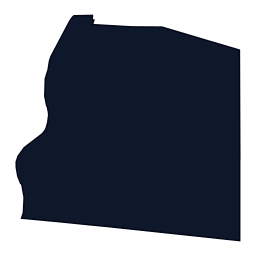 outline of Ohio, West Virginia, United States of America
{"feature_id": "52423323B20153460814432", "entity_name": "Ohio", "entity_type": "district", "adm_level": 2, "iso_a3": "USA", "parent_name": "United States of America", "parent_adm1": "West Virginia", "projection": "orthographic", "projection_center": [-80.674, 40.101], "detail": "fine", "context": "isolated", "style": "filled", "palette": "ink", "viewbox_px": 256, "rotation_deg": 0, "n_neighbors": 0, "source": "geoboundaries", "source_scale": "gbopen_adm2", "svg_char_len": 640}
<svg xmlns="http://www.w3.org/2000/svg" viewBox="0 0 256 256"><path d="M239.7,240.6L239.7,160.1L239.8,158.6L239.7,135.0L239.4,50.1L204.6,39.8L161.9,27.1L131.7,26.9L92.1,24.6L92.7,23.9L93.9,20.1L92.2,19.7L92.4,15.4L74.0,15.8L73.8,15.9L72.1,17.6L69.7,21.1L52.6,53.4L50.9,56.7L49.5,61.0L48.1,69.7L45.3,78.6L44.8,96.0L46.6,105.5L47.3,106.6L48.4,111.9L48.7,115.1L47.7,122.5L46.3,127.6L45.2,130.2L42.3,133.8L24.3,147.6L18.1,156.1L16.2,161.9L16.3,167.5L17.8,176.2L20.6,183.2L21.8,184.4L24.1,197.2L24.0,200.5L23.5,210.6L23.4,212.7L21.6,218.2L61.3,221.9L86.8,224.5L104.4,226.2L239.7,240.6Z" fill="#0f172a" stroke="#020617" stroke-width="1.5"/></svg>